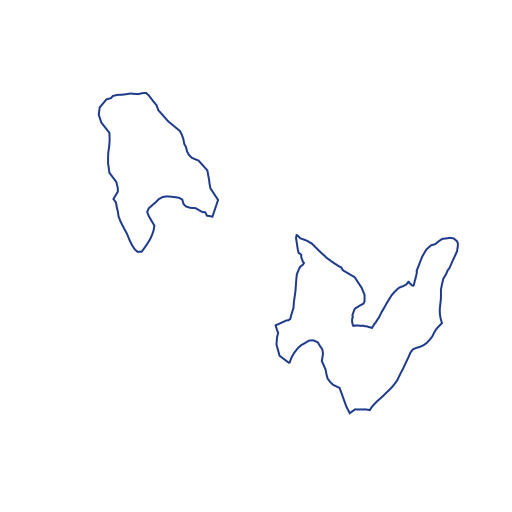 Hajjah, Hajjah, Yemen, rotated 20°
{"feature_id": "15242507B46820158657484", "entity_name": "Hajjah", "entity_type": "district", "adm_level": 2, "iso_a3": "YEM", "parent_name": "Yemen", "parent_adm1": "Hajjah", "projection": "equal_earth", "projection_center": [43.581, 15.658], "detail": "fine", "context": "isolated", "style": "outline", "palette": "blue", "viewbox_px": 512, "rotation_deg": 20, "n_neighbors": 0, "source": "geoboundaries", "source_scale": "gbopen_adm2", "svg_char_len": 6126}
<svg xmlns="http://www.w3.org/2000/svg" viewBox="0 0 512 512"><g transform="rotate(20 256 256)"><path d="M324.1,344.4L324.0,343.9L324.1,338.9L325.0,333.9L326.7,328.7L328.8,324.5L331.6,321.3L334.8,317.3L337.1,316.3L338.9,315.6L341.2,315.8L343.6,316.0L346.8,318.6L350.3,321.1L352.4,325.0L353.8,332.3L355.3,333.8L356.9,335.4L359.7,338.4L360.2,338.9L362.4,342.6L365.2,346.7L369.0,349.1L372.5,350.7L379.7,351.4L392.4,366.6L397.8,371.6L401.7,366.1L403.4,365.7L407.2,364.3L411.1,362.8L414.8,362.0L415.6,362.0L416.4,358.5L418.0,354.3L419.7,350.7L421.6,347.2L423.4,343.8L425.1,340.1L426.9,336.6L428.6,332.8L430.0,328.8L431.2,324.7L431.5,321.9L431.6,320.4L432.1,316.0L432.7,311.9L432.9,309.5L433.1,307.2L433.9,298.9L434.1,294.1L435.4,290.0L438.0,287.6L440.9,285.5L443.8,282.7L446.0,279.6L447.7,275.8L449.1,271.6L449.6,267.2L450.4,263.1L451.9,259.4L453.2,256.6L453.7,255.5L450.8,251.5L448.6,247.6L446.9,243.2L445.7,238.4L444.5,233.4L442.9,228.6L442.6,227.9L441.3,224.3L440.4,218.9L439.8,213.3L440.7,208.6L440.8,208.4L441.0,204.0L441.9,201.3L442.4,193.5L442.9,187.8L443.3,182.7L442.1,177.0L441.2,174.8L439.8,173.4L435.9,171.9L432.2,172.5L428.8,174.4L425.3,176.1L422.6,179.7L420.4,183.5L417.0,186.0L416.9,186.0L414.2,191.0L413.8,191.9L412.4,199.7L412.2,205.8L412.2,209.6L412.0,214.7L412.2,214.9L412.2,215.4L412.5,215.7L412.7,216.3L412.8,217.1L413.0,217.8L413.1,218.4L413.2,219.4L413.3,220.0L413.3,221.0L413.5,221.8L413.5,222.7L413.7,223.4L413.7,224.3L413.7,225.4L413.9,225.8L413.9,226.2L413.9,226.6L413.9,227.1L414.0,227.5L414.1,228.2L414.1,229.0L414.2,229.6L414.1,230.0L413.4,230.2L413.0,230.3L412.6,230.3L410.6,229.3L409.7,229.1L408.8,228.2L408.1,228.1L407.6,229.0L407.5,230.1L406.9,231.4L404.3,234.3L403.8,234.6L403.3,235.0L402.9,235.4L402.5,235.9L401.9,236.2L401.5,236.7L401.1,237.3L400.8,237.7L400.5,238.3L400.0,239.1L399.7,239.8L399.3,240.9L399.0,241.1L398.8,241.7L398.6,242.1L398.3,242.6L398.2,243.0L397.9,243.7L397.8,244.3L397.5,244.7L397.2,245.5L397.0,246.3L396.8,246.7L396.7,247.1L396.6,247.8L396.4,248.6L396.3,249.3L396.3,249.6L396.1,250.0L395.8,251.2L395.8,251.6L395.6,252.0L395.7,252.6L395.5,253.0L395.4,253.8L395.2,254.3L395.2,254.8L395.0,255.6L394.7,256.8L394.7,257.6L394.4,259.2L394.2,260.2L394.1,261.2L394.0,261.8L393.8,262.3L393.8,262.7L393.7,263.4L393.5,264.2L393.5,264.7L393.2,265.1L393.2,265.7L393.1,266.3L393.1,267.2L393.0,268.0L393.0,268.6L392.8,269.1L392.8,269.5L392.7,270.0L392.7,270.5L392.7,271.0L392.5,271.6L392.4,272.3L392.4,272.7L392.1,273.3L392.0,273.9L391.8,274.7L391.7,275.4L391.5,276.0L391.3,276.8L391.2,277.6L390.9,278.0L390.8,278.4L390.7,278.8L390.7,279.2L390.5,279.7L390.3,280.2L390.2,280.8L390.2,281.2L390.0,281.7L390.0,282.1L389.7,282.9L389.6,283.9L389.0,284.0L387.9,284.0L387.6,284.0L387.3,284.0L386.8,284.2L385.3,284.2L384.4,284.2L383.1,284.5L382.0,284.8L381.5,284.8L381.2,284.9L380.0,284.9L379.4,285.3L379.1,285.6L378.5,285.7L378.1,285.9L377.5,286.0L376.7,286.1L376.2,286.3L375.6,286.5L375.3,286.6L374.8,286.6L374.2,287.0L373.9,287.0L373.6,287.2L373.2,287.2L372.9,287.4L372.6,287.8L372.3,287.8L371.9,288.1L371.3,288.4L370.7,287.7L370.2,287.2L370.0,286.9L369.8,286.4L369.4,285.9L369.0,285.4L368.7,284.6L368.5,284.0L368.3,283.5L368.1,282.6L367.8,282.2L367.8,281.8L368.0,280.8L367.7,280.0L367.1,279.4L367.1,278.8L366.9,278.3L366.8,277.9L366.8,276.3L366.8,275.8L366.8,274.6L366.8,274.0L366.9,273.5L366.8,273.1L366.8,272.6L367.1,271.5L367.9,270.3L368.7,269.5L369.2,268.8L369.7,268.1L370.2,267.4L370.8,266.8L371.1,266.4L371.9,265.6L372.1,265.3L372.3,265.0L372.7,264.7L373.3,263.9L373.5,261.4L371.3,255.4L366.2,249.8L356.0,242.2L342.6,239.7L340.0,237.6L339.5,237.5L339.0,237.5L338.4,237.4L337.7,237.3L337.3,237.3L336.7,237.1L336.3,237.1L335.8,237.0L335.3,236.8L335.0,236.8L334.4,236.6L334.1,236.5L333.7,236.4L333.1,236.4L332.8,236.2L332.2,236.1L331.8,236.0L331.4,235.9L330.8,235.8L330.4,235.6L329.8,235.5L329.4,235.4L328.1,235.1L326.9,234.6L326.4,234.6L325.2,234.1L324.8,234.1L323.6,233.8L322.9,233.5L321.7,233.1L321.2,232.8L320.6,232.4L319.8,232.2L319.4,231.9L318.5,231.7L317.9,231.5L317.5,231.2L316.8,231.0L316.2,230.7L315.4,230.4L315.0,230.1L314.5,230.0L313.6,229.6L313.1,229.3L312.6,229.1L311.9,228.7L311.5,228.7L310.7,228.1L310.1,228.0L309.5,227.7L308.9,227.4L308.3,227.2L308.0,227.0L307.3,226.6L306.7,226.2L306.3,226.2L305.9,226.0L305.4,225.8L304.6,225.4L304.2,225.3L303.9,225.1L303.5,225.1L303.2,224.9L302.8,225.0L302.2,224.9L301.8,224.8L301.4,224.8L300.6,224.5L300.2,224.5L299.9,224.5L299.5,224.3L299.1,224.3L298.6,224.2L296.4,224.2L296.0,224.2L295.6,224.1L295.2,224.2L294.0,224.2L292.9,224.2L292.2,224.2L291.5,224.2L288.3,222.6L287.0,222.5L287.4,225.3L293.0,235.5L295.1,238.6L296.8,238.8L298.1,239.4L298.9,241.6L302.1,245.4L303.4,246.1L303.1,248.0L301.8,250.1L301.2,250.9L300.9,253.7L300.6,259.1L301.9,264.3L305.1,275.6L307.3,286.0L309.0,292.1L309.3,299.4L309.7,303.6L308.3,305.4L306.8,306.0L302.5,310.2L298.1,314.5L302.0,319.5L303.0,320.4L303.7,325.6L305.5,332.2L312.3,341.7L323.4,345.1L324.1,344.4ZM95.2,141.1L93.4,141.9L90.1,144.1L86.5,145.2L82.6,146.2L79.0,148.2L75.1,150.2L70.4,152.1L66.7,154.7L65.7,157.3L62.0,159.8L58.3,169.8L59.9,177.0L65.0,183.5L76.1,190.4L78.1,195.2L79.6,199.7L80.1,201.7L80.8,204.3L81.8,209.4L83.4,214.3L85.1,218.9L85.2,219.3L87.4,223.4L89.8,228.0L99.3,234.1L102.9,239.4L104.2,242.9L102.5,251.0L102.7,251.4L103.5,251.8L106.2,253.7L108.4,257.7L111.0,261.5L113.3,265.8L116.5,269.5L119.9,272.8L123.1,275.7L126.8,278.9L129.8,282.2L132.7,285.3L135.7,288.1L139.6,291.1L143.3,292.6L147.1,291.0L148.4,286.6L149.7,281.6L150.7,276.7L151.1,271.8L151.0,266.9L150.1,262.2L146.4,259.2L141.6,255.2L138.7,251.9L138.9,247.9L143.3,239.9L145.3,235.7L148.2,232.4L152.0,230.4L155.6,229.4L159.4,228.5L163.6,227.6L167.4,228.2L170.1,231.9L173.2,233.4L177.9,233.2L182.8,231.7L186.5,232.4L190.5,233.0L193.4,232.3L196.1,234.9L199.7,234.2L201.6,234.0L201.2,216.3L190.0,208.0L187.7,204.1L185.6,200.0L183.2,196.0L181.0,192.2L169.4,186.0L162.2,185.7L158.6,184.1L155.5,181.4L153.0,177.6L150.5,175.5L147.4,170.5L144.7,167.3L141.8,164.6L127.2,159.4L118.3,154.5L114.5,152.5L110.8,148.2L107.1,146.1L103.8,144.0L100.6,141.9L97.0,140.4L95.2,141.1Z" fill="none" stroke="#1e3a8a" stroke-width="2"/></g></svg>